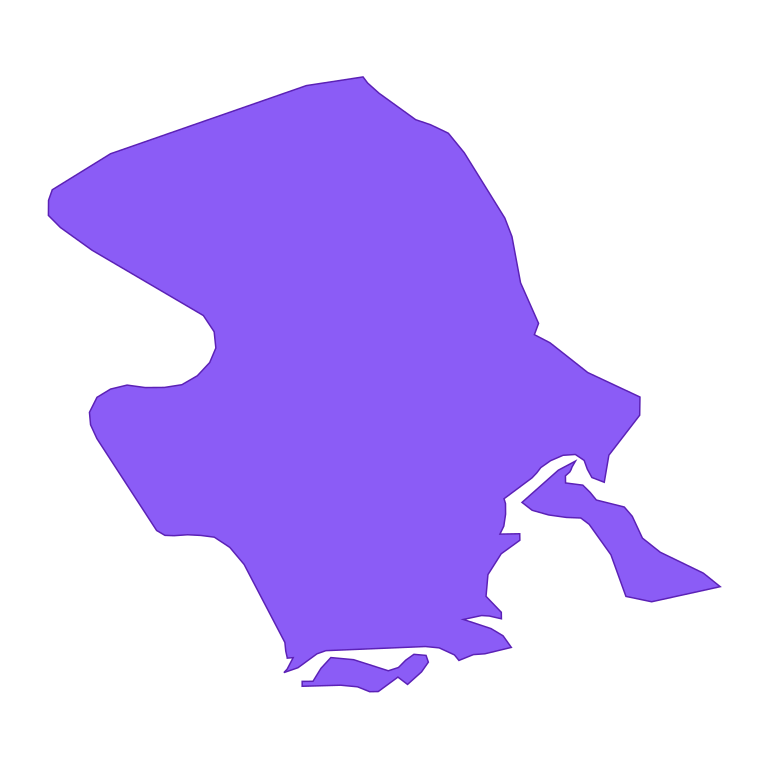 the Province of Bà Rịa - Vũng Tàu, rotated 269°
{"feature_id": "VNM-495", "entity_name": "Bà Rịa - Vũng Tàu", "entity_type": "Province", "adm_level": 1, "iso_a3": "VNM", "parent_name": "Vietnam", "parent_adm1": "", "projection": "equal_earth", "projection_center": [107.178, 10.562], "detail": "fine", "context": "isolated", "style": "filled", "palette": "violet", "viewbox_px": 768, "rotation_deg": 269, "n_neighbors": 0, "source": "natural_earth", "source_scale": "10m", "svg_char_len": 1795}
<svg xmlns="http://www.w3.org/2000/svg" viewBox="0 0 768 768"><g transform="rotate(269 384 384)"><path d="M106.3,454.1L111.9,449.7L119.2,434.6L120.8,420.8L118.4,321.2L115.4,312.3L101.8,293.0L97.2,278.9L100.6,282.2L112.0,288.4L111.6,282.5L111.9,282.5L118.7,281.1L127.3,280.4L206.0,241.0L223.3,227.0L233.8,211.7L235.8,198.2L236.7,184.9L236.0,171.4L236.5,162.3L241.5,154.1L334.4,96.0L348.3,89.9L360.8,89.0L375.7,96.8L383.7,110.5L387.4,127.1L384.6,145.2L384.4,164.4L386.8,181.8L395.5,197.5L408.5,210.1L422.9,216.5L439.2,215.1L455.6,204.6L522.8,94.5L546.1,63.2L558.4,51.4L573.5,51.8L584.0,55.7L619.0,114.6L683.7,311.5L691.4,368.4L685.2,372.9L674.8,384.1L647.7,420.3L642.4,435.1L633.6,452.7L613.8,468.3L547.8,507.7L529.2,514.5L482.8,522.3L441.9,539.6L430.7,535.2L422.3,550.7L391.9,587.9L366.5,639.7L348.3,639.1L308.9,607.6L281.9,602.5L286.9,590.2L295.3,585.8L304.1,582.8L310.2,574.1L309.6,561.8L304.4,549.2L297.7,539.3L292.5,535.2L287.6,530.4L267.2,502.0L262.3,503.4L251.7,503.3L239.8,501.3L231.9,497.3L231.9,517.1L225.4,517.1L212.2,498.2L191.6,484.6L169.9,482.3L153.7,497.3L147.2,497.3L150.2,485.2L150.8,477.5L147.2,459.2L137.6,486.7L130.1,498.7L118.4,506.7L112.5,480.2L111.9,468.7L106.3,454.1ZM263.2,519.9L294.8,556.8L303.6,574.1L297.8,570.6L295.0,569.5L292.8,568.2L289.0,563.8L281.9,563.8L279.4,581.0L271.9,588.3L264.3,594.3L256.8,622.1L247.4,629.9L225.4,639.7L211.0,657.2L189.3,700.0L175.5,716.6L161.6,647.8L167.4,622.2L209.3,607.9L240.1,586.7L246.6,578.4L247.4,564.1L250.2,546.3L255.1,530.0L263.2,519.9ZM88.1,297.0L88.0,307.8L100.8,316.0L111.4,326.1L108.9,348.8L97.2,383.3L100.3,393.5L107.5,400.9L113.2,409.2L111.9,421.3L105.1,423.5L95.5,416.5L83.2,402.3L90.7,392.8L76.6,372.9L76.6,364.3L81.7,352.2L83.6,335.4L83.2,296.9L88.1,297.0Z" fill="#8b5cf6" stroke="#5b21b6" stroke-width="1.5"/></g></svg>